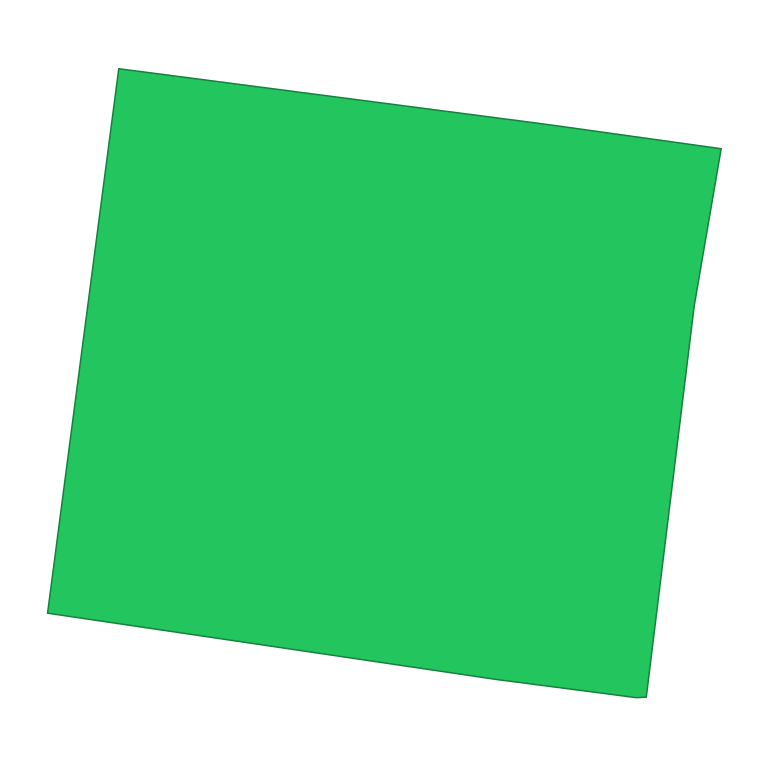 Gentry, Missouri, United States of America (Robinson projection), rotated 277°
{"feature_id": "52423323B22410363869477", "entity_name": "Gentry", "entity_type": "district", "adm_level": 2, "iso_a3": "USA", "parent_name": "United States of America", "parent_adm1": "Missouri", "projection": "robinson", "projection_center": [-94.401, 40.211], "detail": "fine", "context": "isolated", "style": "filled", "palette": "green", "viewbox_px": 768, "rotation_deg": 277, "n_neighbors": 0, "source": "geoboundaries", "source_scale": "gbopen_adm2", "svg_char_len": 277}
<svg xmlns="http://www.w3.org/2000/svg" viewBox="0 0 768 768"><g transform="rotate(277 384 384)"><path d="M661.5,513.0L664.6,82.3L115.5,78.0L104.4,531.3L103.4,672.6L105.1,682.5L499.5,682.4L658.6,690.0L661.5,513.0Z" fill="#22c55e" stroke="#15803d" stroke-width="1.5"/></g></svg>